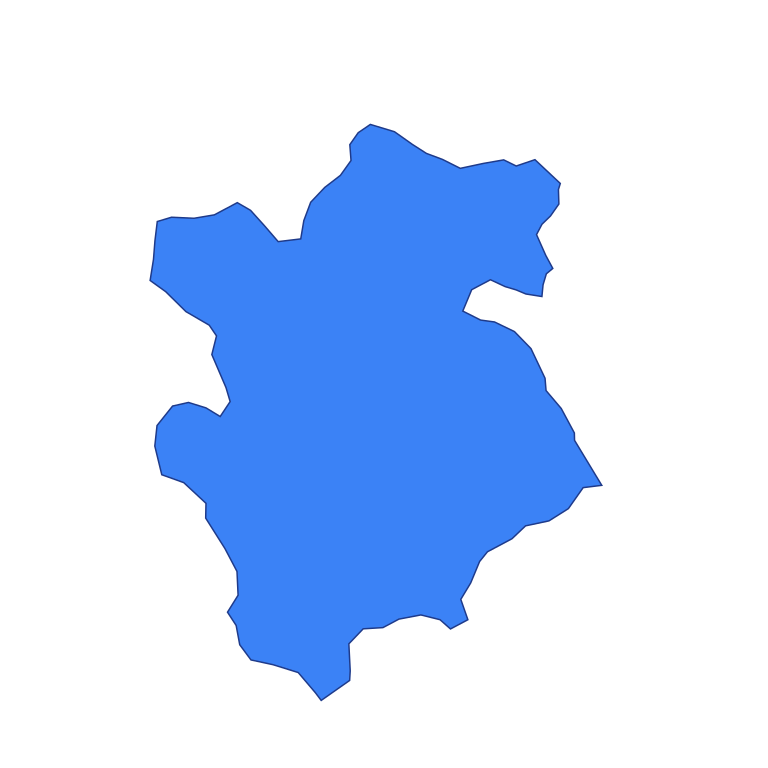 Hultsfred, Kalmar, Sweden, rotated 332°
{"feature_id": "70781695B5554293763510", "entity_name": "Hultsfred", "entity_type": "district", "adm_level": 2, "iso_a3": "SWE", "parent_name": "Sweden", "parent_adm1": "Kalmar", "projection": "albers", "projection_center": [15.84, 57.428], "detail": "fine", "context": "isolated", "style": "filled", "palette": "blue", "viewbox_px": 768, "rotation_deg": 332, "n_neighbors": 0, "source": "geoboundaries", "source_scale": "gbopen_adm2", "svg_char_len": 1431}
<svg xmlns="http://www.w3.org/2000/svg" viewBox="0 0 768 768"><g transform="rotate(332 384 384)"><path d="M528.7,575.7L525.8,523.2L529.1,516.6L529.0,488.8L524.0,465.9L528.9,454.5L530.4,421.8L523.8,399.0L510.7,381.1L499.3,372.9L487.8,356.6L505.7,341.9L526.9,341.9L536.7,354.9L544.9,363.0L551.5,371.1L564.5,380.9L571.0,371.1L579.1,362.9L587.3,361.2L587.2,346.5L588.8,323.7L598.5,317.1L609.9,313.8L622.9,307.2L629.3,294.2L633.8,289.7L622.6,256.8L603.1,253.6L594.9,242.3L575.3,235.9L552.6,229.4L541.1,213.2L529.7,200.3L521.5,185.7L511.7,166.2L493.8,148.4L479.2,150.0L466.2,156.6L459.8,171.2L443.5,179.3L424.0,182.6L404.6,189.1L389.9,202.1L378.6,216.8L357.4,208.6L352.6,187.5L347.7,168.0L339.6,155.0L313.6,155.0L294.1,148.5L274.7,137.0L260.1,134.1L249.0,150.0L239.0,165.7L226.7,182.0L226.1,182.8L234.6,200.0L243.1,227.1L257.3,250.0L258.7,262.9L245.8,277.2L242.8,313.0L239.9,327.3L224.1,335.8L215.6,321.5L202.7,308.5L187.0,304.2L164.1,314.1L152.5,331.2L145.2,359.8L160.9,377.1L170.8,405.8L163.6,418.7L166.3,454.6L166.2,480.5L156.0,502.0L138.7,512.0L140.1,527.8L134.2,546.5L137.0,565.2L154.2,579.7L172.8,598.5L178.5,624.5L180.0,633.9L214.5,629.6L219.5,621.4L231.0,596.9L250.7,590.4L268.7,598.6L286.8,598.6L308.1,605.2L322.8,618.4L327.7,631.5L347.4,631.5L350.7,610.2L367.1,600.4L385.1,585.6L396.6,580.7L424.4,580.7L442.4,575.7L465.4,582.3L488.3,580.6L511.2,569.0L528.7,575.7Z" fill="#3b82f6" stroke="#1e3a8a" stroke-width="1.5"/></g></svg>